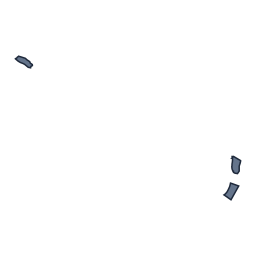 'Uiha, Tonga
{"feature_id": "48082658B47865873518539", "entity_name": "'Uiha", "entity_type": "district", "adm_level": 2, "iso_a3": "TON", "parent_name": "Tonga", "parent_adm1": "", "projection": "mercator", "projection_center": [-174.456, -19.868], "detail": "fine", "context": "isolated", "style": "filled", "palette": "slate", "viewbox_px": 256, "rotation_deg": 0, "n_neighbors": 0, "source": "geoboundaries", "source_scale": "gbopen_adm2", "svg_char_len": 1008}
<svg xmlns="http://www.w3.org/2000/svg" viewBox="0 0 256 256"><path d="M230.3,184.0L230.0,185.4L229.5,187.0L228.8,188.5L228.3,189.6L227.4,191.3L226.7,192.4L225.5,193.7L224.9,194.3L224.0,194.9L231.0,199.8L238.7,186.0L232.1,183.6L230.5,183.1L230.3,184.0ZM239.2,166.1L240.3,162.7L240.2,162.6L240.6,161.3L240.6,160.6L233.5,156.4L232.2,156.5L232.7,157.4L232.4,158.3L231.9,158.0L231.7,158.2L232.5,158.4L232.5,159.9L232.5,160.5L232.5,160.8L232.4,161.2L232.4,161.5L232.4,161.8L232.3,162.4L232.2,162.9L232.1,163.5L232.0,164.4L232.0,165.4L231.8,166.6L231.9,167.5L232.0,168.6L232.2,169.3L232.4,170.0L232.8,170.6L232.9,171.2L233.5,171.3L233.5,172.4L235.0,173.2L237.5,173.6L239.2,171.1L239.2,167.8L239.2,166.1ZM23.0,63.5L24.7,64.4L28.2,67.3L30.6,67.8L30.9,66.4L32.4,65.6L32.3,64.5L30.3,63.1L29.7,61.6L28.9,61.1L26.8,59.7L25.9,58.8L25.3,58.3L23.5,57.7L21.6,57.1L18.6,56.2L18.0,56.8L17.4,57.1L17.0,57.7L16.2,58.5L15.7,58.5L15.4,58.8L18.2,61.2L20.4,62.5L23.0,63.5Z" fill="#64748b" stroke="#1e293b" stroke-width="1.5"/></svg>